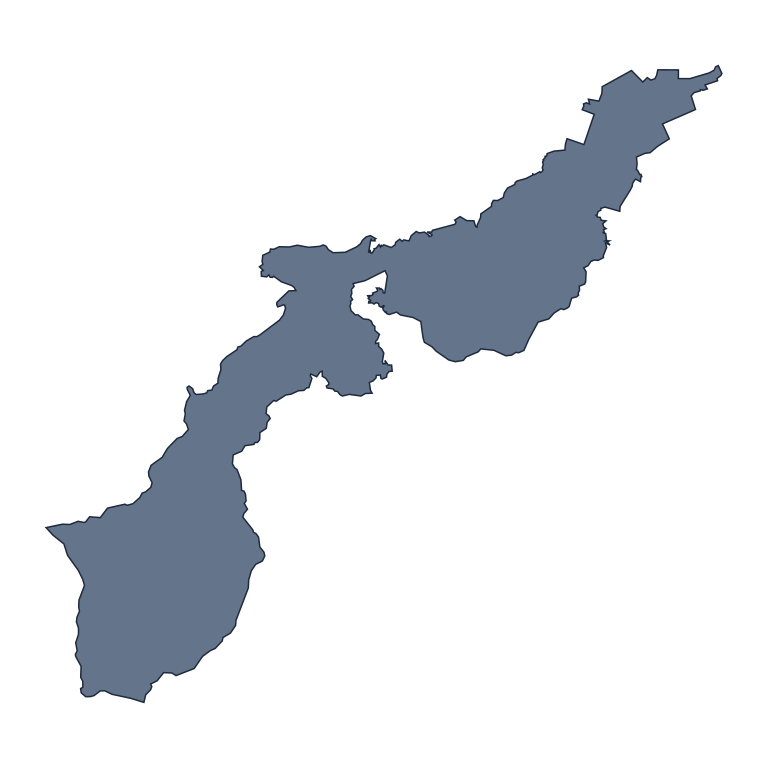 Gura Raului, Sibiu, Romania (Mercator projection)
{"feature_id": "2599482B41603042595188", "entity_name": "Gura Raului", "entity_type": "district", "adm_level": 2, "iso_a3": "ROU", "parent_name": "Romania", "parent_adm1": "Sibiu", "projection": "mercator", "projection_center": [23.906, 45.675], "detail": "fine", "context": "isolated", "style": "filled", "palette": "slate", "viewbox_px": 768, "rotation_deg": 0, "n_neighbors": 0, "source": "geoboundaries", "source_scale": "gbopen_adm2", "svg_char_len": 6070}
<svg xmlns="http://www.w3.org/2000/svg" viewBox="0 0 768 768"><path d="M46.1,527.6L53.0,535.2L63.9,543.9L67.6,555.4L78.3,570.4L82.6,579.0L84.5,585.4L79.0,600.0L78.7,606.9L79.5,611.2L77.0,617.2L76.4,621.8L78.5,628.1L78.5,634.3L75.7,642.8L77.2,650.8L75.4,654.3L75.6,656.2L81.1,666.4L80.7,677.4L82.8,681.3L82.8,687.3L80.6,688.6L81.2,692.8L85.7,696.7L90.7,696.6L94.2,695.5L100.3,690.9L104.7,690.8L112.0,694.3L130.2,698.2L143.9,702.4L145.7,694.8L150.5,689.9L151.8,686.6L150.6,684.0L157.1,680.8L163.7,672.6L172.0,673.0L176.0,675.6L194.2,668.5L202.5,656.4L210.3,650.6L215.1,648.5L222.3,640.9L222.9,637.6L230.5,633.0L235.6,625.4L236.0,620.3L248.3,588.0L248.7,579.9L251.3,570.8L255.6,564.4L262.4,561.0L264.8,555.9L263.9,552.1L259.9,547.1L258.5,537.0L256.0,533.6L253.5,532.2L252.9,530.0L242.8,517.1L243.9,513.5L247.5,509.2L244.3,503.5L246.1,500.9L245.4,493.9L244.0,491.1L241.6,490.5L240.9,479.7L237.1,469.7L234.4,467.5L232.4,463.8L233.2,454.9L241.7,451.2L245.0,445.7L253.9,444.4L254.7,442.6L257.5,442.4L259.7,439.7L259.9,432.6L266.3,428.3L267.1,422.4L270.2,418.5L269.0,416.0L266.1,413.7L266.8,407.0L273.6,400.5L276.2,401.2L285.8,395.0L291.0,394.2L298.3,390.8L303.9,390.4L306.6,387.9L308.9,387.6L311.9,378.4L310.3,375.8L310.7,374.0L316.7,376.7L320.1,372.0L322.2,371.2L322.3,376.3L325.7,378.2L328.9,382.9L328.7,384.6L326.3,386.1L327.1,388.0L333.0,388.9L334.8,391.1L337.5,391.4L340.1,394.8L342.4,396.0L349.2,394.4L361.0,396.0L365.4,393.5L372.1,393.2L370.5,390.3L369.3,382.5L373.2,380.8L376.0,377.9L376.4,375.4L380.3,375.0L381.0,378.5L382.2,379.0L386.5,377.2L386.9,374.2L389.0,371.5L392.2,371.2L391.6,365.1L388.1,365.0L385.0,360.4L385.4,363.7L382.9,363.8L382.4,361.2L383.8,353.1L381.7,349.1L378.8,346.6L378.6,343.0L375.5,343.5L375.7,341.3L377.3,339.7L379.4,334.4L374.9,330.4L374.8,326.4L372.9,324.9L371.3,321.2L368.7,319.5L363.2,318.9L358.1,314.9L355.2,314.8L351.0,310.6L350.0,306.3L350.9,303.2L350.5,301.4L352.6,299.6L350.7,296.4L351.8,293.6L351.5,289.3L354.1,286.4L353.1,283.6L365.0,280.7L385.0,270.7L387.4,275.8L384.7,293.1L383.2,292.8L382.9,290.3L381.0,288.6L380.1,289.4L379.5,288.1L376.4,288.0L377.6,290.3L377.2,291.3L372.6,293.1L373.2,294.0L371.8,295.5L367.7,295.7L368.3,296.9L369.8,296.5L368.2,298.7L370.7,300.2L370.2,301.5L368.8,301.3L368.6,303.0L372.4,302.9L374.0,304.1L376.0,302.6L378.6,303.5L379.2,306.2L381.3,307.2L383.7,305.6L384.2,306.1L382.7,307.6L383.3,310.0L385.3,312.3L386.4,312.0L386.5,313.5L389.2,314.5L396.6,312.1L400.5,315.0L413.1,317.5L420.8,321.5L423.0,337.6L424.4,342.3L432.0,346.8L436.2,351.2L448.8,360.0L455.3,361.7L463.3,360.4L466.2,356.9L478.3,351.8L480.8,348.9L493.9,350.3L505.9,355.8L511.7,355.1L515.8,352.4L518.8,352.7L523.9,350.4L528.8,339.3L538.1,322.1L548.8,318.9L554.1,313.0L560.9,308.7L563.8,309.6L567.1,308.2L569.1,306.6L571.6,298.2L576.7,296.8L578.6,295.1L578.1,293.3L579.5,290.3L579.3,286.2L584.5,284.1L585.6,282.0L586.1,271.8L583.7,267.9L588.0,265.7L590.9,261.4L594.3,260.0L598.1,260.4L603.5,257.6L603.3,255.8L606.6,247.5L605.5,242.8L610.1,245.1L607.2,241.9L609.2,240.9L605.5,240.7L606.5,240.2L605.7,233.6L602.5,232.5L604.5,232.6L603.4,229.6L606.1,228.7L603.7,226.9L602.7,223.7L606.0,220.9L601.2,220.3L600.2,217.4L597.6,217.1L596.0,215.3L597.2,215.1L598.0,211.6L600.8,210.2L600.8,208.4L605.0,207.1L619.8,211.3L620.1,206.4L630.1,190.4L632.2,186.4L632.6,183.3L634.7,180.1L635.7,179.1L640.5,181.7L640.8,177.2L641.8,176.7L640.9,174.3L639.8,174.6L637.6,170.3L636.4,169.6L637.1,164.0L636.5,157.0L645.1,153.3L650.1,152.7L657.5,146.4L669.3,138.8L662.5,123.9L695.5,109.5L691.2,95.8L694.1,92.6L700.2,90.9L700.5,89.6L703.0,90.3L707.4,88.9L705.0,85.0L717.6,80.7L717.0,78.5L720.8,75.6L721.9,73.5L718.3,65.6L715.6,66.8L714.2,70.2L709.2,72.9L690.0,78.6L678.4,78.6L678.4,69.9L657.8,69.8L656.6,75.4L654.9,78.7L650.9,80.1L647.3,77.6L642.8,82.0L631.5,70.5L602.2,86.7L601.9,93.3L598.9,101.1L588.4,99.2L589.6,104.0L586.3,102.8L583.5,103.9L583.8,106.1L582.2,109.7L594.2,114.3L583.9,144.6L567.0,138.7L565.5,143.9L564.9,150.1L554.0,151.1L547.1,153.6L546.7,155.9L545.0,156.4L545.3,157.4L543.0,159.9L543.6,160.4L542.6,162.2L543.3,164.6L542.2,167.9L543.1,170.0L541.8,171.9L540.7,172.6L539.8,171.7L534.4,174.7L532.8,173.9L532.7,175.1L526.0,178.5L517.0,181.0L515.1,182.7L514.8,184.5L507.5,188.1L504.4,192.8L503.2,197.6L497.7,200.5L493.3,200.4L491.6,203.8L491.5,206.4L480.8,213.9L480.6,217.5L477.1,225.3L477.1,227.1L475.6,226.5L473.9,220.8L466.7,220.6L460.1,216.6L454.7,220.1L456.1,222.1L454.9,224.3L432.4,230.3L431.8,232.1L427.1,232.0L432.0,234.6L431.6,235.9L429.1,236.5L429.0,235.4L424.6,232.1L419.2,232.9L416.2,231.5L411.3,235.6L409.0,240.9L403.8,239.9L402.3,241.3L399.7,239.2L395.8,242.2L395.0,244.9L391.3,247.5L383.7,244.8L382.1,246.3L381.2,245.3L380.3,247.0L379.0,244.6L376.0,248.3L374.0,248.8L374.3,249.9L371.8,253.3L370.8,252.9L370.0,249.8L369.4,252.3L368.6,252.1L370.6,240.6L371.2,239.3L372.1,240.8L375.1,240.8L374.5,239.6L375.8,238.7L370.4,235.6L366.1,236.9L362.4,240.3L360.6,243.7L356.6,246.9L345.2,252.3L333.1,252.7L328.3,249.6L326.1,246.2L323.2,244.9L320.0,246.3L308.5,247.3L297.3,245.2L289.2,247.0L279.4,246.7L273.7,249.3L270.5,249.0L269.8,252.1L262.8,255.3L262.1,261.2L262.8,264.4L259.4,266.8L263.3,270.5L261.2,271.4L261.4,276.2L266.6,276.9L268.8,274.9L270.1,277.2L272.5,277.4L273.7,276.2L281.2,281.7L291.6,285.5L294.1,287.3L295.9,290.6L288.8,290.9L276.9,302.3L276.7,304.5L277.7,306.9L283.8,304.8L284.7,305.2L285.5,308.3L283.4,315.0L279.5,320.1L259.9,334.9L256.9,336.6L253.8,336.6L246.2,341.0L241.0,346.1L237.9,347.0L236.9,349.8L226.9,356.5L222.7,360.5L220.5,364.2L220.9,369.6L218.1,378.4L217.9,383.2L213.6,386.0L211.8,390.1L207.8,390.6L206.7,392.8L203.5,393.9L196.0,394.5L194.0,392.6L192.6,388.6L189.0,386.0L187.1,387.3L187.1,388.9L190.3,395.4L186.6,401.7L184.5,410.4L185.3,413.7L184.0,420.9L186.4,423.8L188.4,429.4L182.3,436.4L177.1,438.5L167.4,448.5L162.2,457.3L151.1,465.3L148.5,471.9L148.9,476.1L152.1,482.7L150.8,487.3L145.6,491.9L142.1,493.1L139.9,497.5L132.9,503.7L127.2,505.3L124.9,504.2L107.5,508.1L100.3,517.6L89.6,516.8L85.7,521.8L84.0,522.5L78.2,521.3L69.7,524.5L62.4,524.2L46.1,527.6Z" fill="#64748b" stroke="#1e293b" stroke-width="1.5"/></svg>